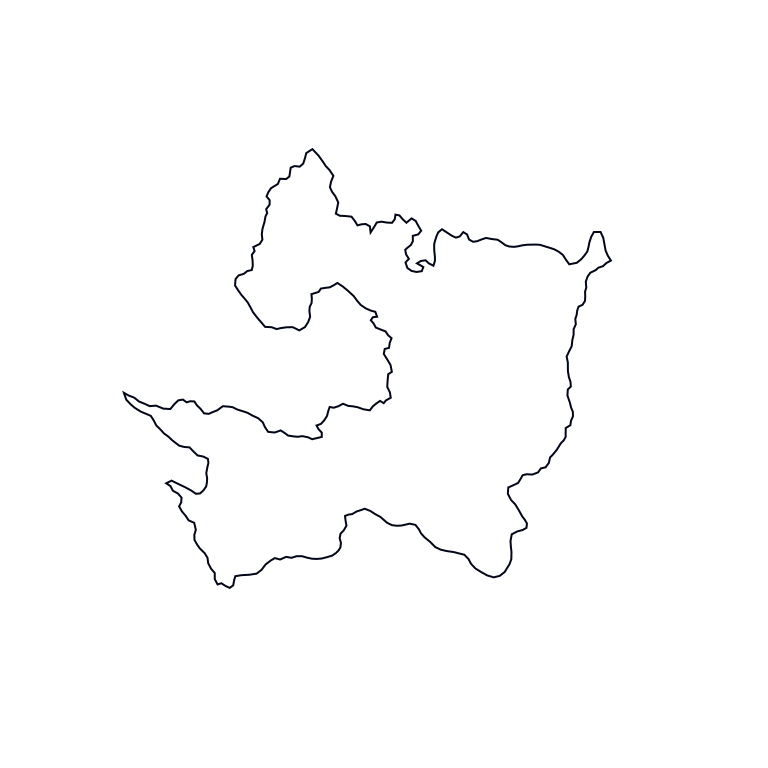 Paraopeba, Minas Gerais, Brazil (Natural Earth projection), rotated 134°
{"feature_id": "56859067B72424561041382", "entity_name": "Paraopeba", "entity_type": "district", "adm_level": 2, "iso_a3": "BRA", "parent_name": "Brazil", "parent_adm1": "Minas Gerais", "projection": "natural_earth1", "projection_center": [-44.448, -19.279], "detail": "fine", "context": "isolated", "style": "outline", "palette": "ink", "viewbox_px": 768, "rotation_deg": 134, "n_neighbors": 0, "source": "geoboundaries", "source_scale": "gbopen_adm2", "svg_char_len": 5710}
<svg xmlns="http://www.w3.org/2000/svg" viewBox="0 0 768 768"><g transform="rotate(134 384 384)"><path d="M573.3,329.8L568.5,327.2L564.8,323.3L562.4,318.8L559.7,314.4L556.4,310.7L552.7,307.5L548.5,304.9L543.5,302.1L538.8,301.1L535.1,301.1L531.7,301.9L528.2,304.6L525.7,308.8L521.9,311.3L517.2,311.3L512.0,312.6L509.0,316.7L506.0,320.4L502.6,318.8L499.6,316.5L494.6,315.1L491.1,313.2L487.1,311.2L484.8,305.6L483.8,300.3L482.1,294.1L481.7,285.5L480.0,280.2L476.9,276.1L473.4,272.9L470.3,270.9L466.6,268.5L463.5,263.5L464.3,257.8L465.7,253.7L466.1,248.5L465.5,240.9L465.7,233.9L463.8,228.2L460.7,223.0L456.4,217.0L453.5,211.9L451.0,207.6L451.2,201.7L452.9,196.4L453.2,190.1L451.8,183.6L450.0,176.8L446.9,170.8L441.7,167.5L435.3,166.6L430.5,167.7L426.2,168.6L421.5,170.8L416.3,175.6L412.9,179.7L409.1,183.9L403.4,187.7L397.4,185.7L392.8,182.9L388.5,181.6L385.0,184.3L383.9,188.2L383.2,192.7L381.3,198.8L379.4,206.0L379.2,211.9L377.0,218.6L372.1,222.7L366.8,220.6L362.1,218.8L357.0,219.9L353.4,220.9L349.9,218.8L346.1,214.4L340.6,211.8L335.6,212.5L331.7,209.9L326.3,210.6L321.5,213.5L317.6,213.5L311.2,214.0L303.9,215.6L299.6,215.6L295.8,216.6L293.1,219.3L289.4,222.7L284.2,221.3L280.6,223.9L276.0,225.6L272.9,228.7L270.9,233.2L268.2,237.5L264.9,244.0L260.2,248.0L256.1,247.8L253.0,251.2L250.6,255.8L247.2,260.4L244.3,263.3L240.8,266.7L237.4,271.7L232.7,273.3L226.3,275.3L221.9,278.8L216.9,281.8L212.8,285.7L207.8,287.5L204.3,291.6L200.5,293.4L197.0,296.0L193.2,297.8L189.1,296.2L184.7,297.1L181.4,299.9L177.9,303.5L174.1,305.5L170.2,309.9L165.3,312.2L160.7,312.9L155.0,310.8L151.4,310.6L147.1,308.3L142.5,308.1L137.6,306.5L136.2,312.2L134.0,317.4L130.2,322.7L126.6,327.7L124.2,333.8L128.9,338.6L134.4,337.1L139.5,334.6L143.5,332.0L147.4,329.8L152.3,329.1L157.1,328.8L162.9,329.5L169.2,333.9L168.1,340.0L166.9,345.1L167.5,350.3L168.8,355.0L171.1,359.8L173.6,364.6L175.4,368.3L178.1,371.5L181.6,375.0L184.3,377.7L188.0,380.7L191.5,383.0L194.9,385.6L198.0,389.3L199.9,393.2L200.5,398.4L201.3,402.5L204.8,407.1L208.1,412.1L213.0,414.6L216.6,416.2L219.8,418.7L221.0,423.1L218.7,428.2L219.7,432.5L225.2,432.0L228.8,434.0L230.2,438.2L231.2,443.4L232.4,449.8L237.4,450.3L241.2,448.9L245.1,447.0L248.6,445.0L252.6,441.1L257.0,435.9L260.0,432.9L264.6,430.6L266.1,435.7L266.1,440.0L270.0,443.0L274.3,444.1L272.5,437.0L276.6,435.2L280.8,438.4L283.5,442.7L284.3,447.8L281.6,453.0L276.7,453.0L275.4,458.2L272.7,462.0L269.1,461.7L265.4,461.2L261.3,462.4L257.4,466.2L252.6,463.3L247.9,463.7L246.2,469.9L244.7,474.4L245.7,479.2L252.4,479.9L252.5,485.2L252.0,490.0L254.2,493.4L258.0,490.7L262.5,490.2L265.9,494.1L269.0,498.6L272.9,501.4L277.3,500.3L284.3,498.9L280.4,503.7L281.6,508.3L284.6,511.0L288.3,513.3L287.0,518.3L286.2,523.6L290.1,528.6L293.7,532.7L294.9,537.0L291.0,539.3L285.2,543.0L282.8,549.3L281.8,555.0L280.0,559.6L275.3,562.6L269.4,565.0L267.9,572.2L267.7,577.2L266.5,582.5L265.2,589.7L264.8,598.7L271.9,600.3L276.5,597.7L281.6,595.2L286.2,595.6L289.3,599.7L293.2,601.4L296.8,598.8L300.5,596.2L304.6,596.8L308.6,601.4L313.8,599.3L317.4,600.2L321.6,601.3L326.5,600.4L330.7,598.8L331.2,594.0L334.4,590.9L340.1,590.2L342.2,586.8L345.9,585.6L350.5,582.5L356.8,579.2L361.1,576.0L364.7,571.7L369.6,570.7L376.3,573.1L378.3,569.4L382.9,568.8L386.4,564.4L390.1,560.5L393.9,558.3L397.7,560.8L402.2,561.4L406.8,564.0L411.6,563.7L416.6,559.6L418.0,553.7L419.0,548.2L419.4,543.6L420.0,538.6L421.6,533.4L423.4,528.0L424.3,521.7L424.9,515.1L425.5,509.2L421.3,504.4L419.0,499.3L415.8,497.3L411.0,493.6L406.5,489.1L404.3,482.2L398.0,480.4L392.3,481.5L387.0,483.8L383.3,488.4L380.0,491.1L376.1,492.3L372.7,495.2L369.8,498.6L363.2,495.0L359.2,495.7L355.6,493.0L352.2,490.2L348.0,488.8L343.7,487.7L342.5,481.3L342.0,474.9L341.8,466.9L342.8,461.0L343.3,455.7L342.3,449.8L340.4,444.5L338.1,440.4L340.4,435.7L343.7,438.4L347.3,437.8L347.7,433.3L349.1,429.2L347.4,424.9L345.1,419.4L346.1,414.9L345.8,410.4L350.4,408.5L354.5,405.5L358.3,407.8L362.5,405.1L364.2,398.3L365.8,392.5L369.8,386.8L374.0,387.8L378.4,384.3L383.8,379.7L385.9,374.0L389.2,369.6L394.4,371.2L398.0,370.9L398.9,375.1L403.5,376.0L407.7,376.5L412.8,375.9L416.5,381.3L419.0,386.8L421.7,390.9L424.6,394.5L426.7,399.8L431.7,401.4L436.0,403.7L438.3,407.1L441.8,405.5L446.6,402.8L451.4,401.8L456.4,401.6L460.7,403.7L462.0,399.6L462.2,395.0L465.3,392.0L469.2,394.5L473.6,397.3L475.2,401.8L478.2,406.5L481.9,409.4L484.7,412.9L487.7,417.1L488.3,421.8L489.2,426.1L494.8,428.9L498.9,434.1L497.7,439.8L495.8,444.5L496.0,450.7L498.1,456.7L499.5,462.1L501.6,466.5L504.3,471.9L505.8,476.7L508.1,479.9L511.9,484.5L518.6,485.6L523.2,487.7L527.2,489.3L530.1,493.0L529.3,498.9L529.3,503.7L528.3,508.3L531.0,511.4L534.3,513.3L534.9,517.8L538.6,520.6L543.8,520.8L550.4,520.3L555.0,525.6L557.9,532.9L562.7,537.2L564.6,542.7L566.8,548.1L567.3,554.1L569.7,559.8L571.0,565.0L574.3,558.6L574.6,552.6L574.3,546.8L572.8,539.7L570.6,534.1L568.9,529.6L570.3,524.0L572.0,519.0L572.0,513.7L572.4,508.0L571.6,502.5L571.6,497.5L571.2,493.4L570.6,488.4L568.1,484.0L564.7,479.9L564.9,474.1L564.9,468.5L561.7,463.5L560.2,458.7L562.6,455.6L566.8,453.1L571.6,449.9L574.7,445.7L577.8,443.0L581.3,440.7L585.9,440.0L590.5,440.3L593.6,443.0L594.6,448.9L596.5,455.7L598.9,462.8L601.1,469.7L606.7,471.7L605.8,466.7L607.4,461.7L605.9,456.0L606.4,450.7L610.0,447.7L614.3,446.4L616.0,441.0L616.6,435.2L617.8,429.8L615.7,424.1L619.6,418.1L624.3,415.6L627.8,412.0L629.2,407.5L630.2,402.4L630.3,395.4L631.6,390.3L635.1,385.9L637.0,380.1L637.5,374.5L641.9,370.2L643.8,364.5L640.3,362.6L639.4,357.8L637.9,353.4L633.6,352.6L629.1,355.6L625.5,357.4L620.5,353.7L614.7,348.3L608.9,343.9L602.7,343.0L596.0,343.8L589.8,342.9L585.1,341.6L582.4,336.8L576.3,334.3L573.3,329.8Z" fill="none" stroke="#020617" stroke-width="2"/></g></svg>